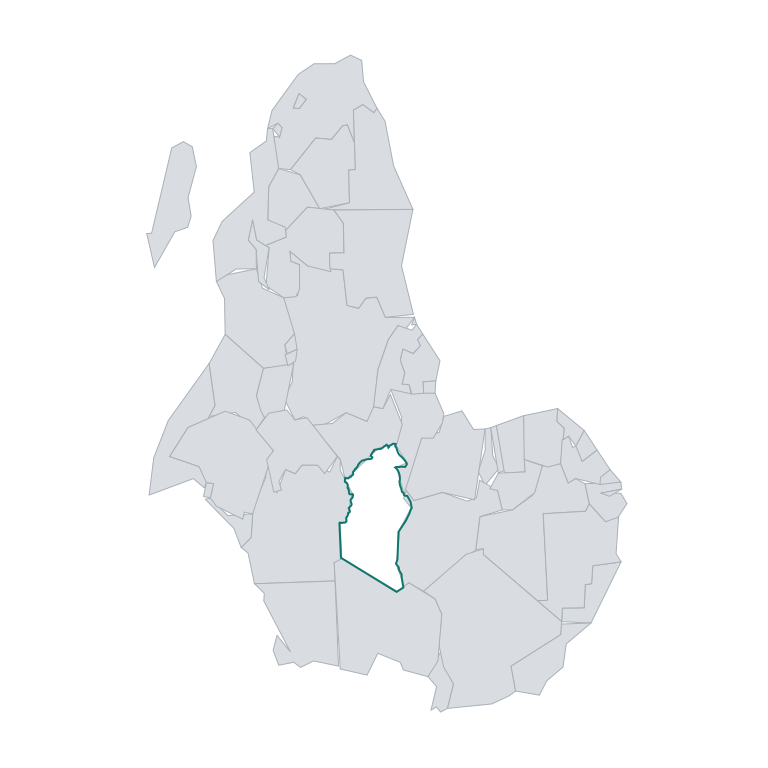 where Chad sits in Africa, rotated 178°
{"feature_id": "TCD", "entity_name": "Chad", "entity_type": "country or territory", "adm_level": 0, "iso_a3": "TCD", "parent_name": "Africa", "parent_adm1": "", "projection": "equal_earth", "projection_center": [18.978, 15.46], "detail": "medium", "context": "in_parent", "style": "outline", "palette": "teal", "viewbox_px": 768, "rotation_deg": 178, "n_neighbors": 49, "source": "natural_earth", "source_scale": "50m", "svg_char_len": 11932}
<svg xmlns="http://www.w3.org/2000/svg" viewBox="0 0 768 768"><g transform="rotate(178 384 384)"><path d="M503.9,403.8L541.0,439.1L540.4,475.1L547.9,492.3L542.2,497.8L507.5,503.6L502.1,483.9L481.2,473.7L473.5,456.5L471.7,437.4L481.7,426.6L479.4,405.5L503.9,403.8Z" fill="#d9dde1" stroke="#a8b0b8" stroke-width="1"/><path d="M214.7,140.3L213.6,153.8L191.7,153.4L189.9,176.4L183.5,177.2L181.7,195.1L153.3,198.0L185.5,137.9L214.7,140.3Z" fill="#d9dde1" stroke="#a8b0b8" stroke-width="1"/><path d="M471.7,437.4L481.2,473.7L467.2,475.5L464.3,506.2L472.9,509.8L473.4,519.9L455.9,504.5L421.0,499.5L418.2,463.8L406.7,460.5L399.2,470.4L388.3,471.2L380.3,450.5L351.2,449.6L361.1,437.4L368.0,441.9L378.0,428.3L389.5,398.8L395.8,355.0L402.3,347.1L423.0,356.6L445.8,345.0L457.9,345.2L465.3,354.2L474.3,351.2L484.7,373.9L475.6,389.1L471.7,437.4Z" fill="#d9dde1" stroke="#a8b0b8" stroke-width="1"/><path d="M558.0,410.7L553.6,368.4L561.6,354.7L581.4,347.4L600.7,319.0L571.7,307.9L563.5,294.8L567.3,286.5L577.9,296.1L622.6,281.2L616.7,318.3L601.0,354.8L558.0,410.7Z" fill="#d9dde1" stroke="#a8b0b8" stroke-width="1"/><path d="M541.0,439.1L503.9,403.8L511.9,376.7L504.5,354.5L513.5,342.6L533.5,360.7L559.7,357.7L553.6,368.4L558.0,410.7L541.0,439.1Z" fill="#d9dde1" stroke="#a8b0b8" stroke-width="1"/><path d="M438.0,316.9L432.7,312.8L430.2,310.1L430.9,299.4L419.5,275.9L426.9,247.1L432.8,247.7L432.2,207.2L440.0,207.2L439.8,188.9L520.4,188.9L525.8,219.9L532.4,225.6L522.1,235.3L519.0,266.8L505.5,294.3L503.9,312.6L494.7,279.1L485.4,302.0L475.8,297.5L468.7,305.9L453.2,305.2L441.4,297.7L433.2,313.2L438.0,316.9Z" fill="#d9dde1" stroke="#a8b0b8" stroke-width="1"/><path d="M381.4,659.8L384.6,655.4L395.5,663.9L405.0,658.7L405.1,625.7L411.6,644.2L416.4,643.3L428.0,630.2L443.7,632.2L469.9,601.5L481.8,603.0L486.1,622.2L485.0,635.4L479.8,634.4L477.0,643.5L480.8,648.3L491.4,643.4L486.4,661.3L458.9,696.4L442.8,706.5L422.1,705.8L405.9,713.8L395.0,708.2L393.9,686.8L381.4,659.8ZM465.0,663.1L459.1,662.2L451.7,671.2L458.8,677.1L465.0,663.1Z" fill="#d9dde1" stroke="#a8b0b8" stroke-width="1"/><path d="M465.0,663.1L458.8,677.1L451.7,671.2L459.1,662.2L465.0,663.1Z" fill="#d9dde1" stroke="#a8b0b8" stroke-width="1"/><path d="M481.8,603.0L460.4,596.0L442.1,561.5L454.3,563.4L477.0,540.9L494.5,552.1L492.3,585.2L481.8,603.0Z" fill="#d9dde1" stroke="#a8b0b8" stroke-width="1"/><path d="M469.9,601.5L443.7,632.2L428.0,630.2L416.4,643.3L411.6,644.2L405.1,625.7L405.1,599.3L411.8,599.0L412.2,566.3L442.1,561.5L460.4,596.0L469.9,601.5Z" fill="#d9dde1" stroke="#a8b0b8" stroke-width="1"/><path d="M405.1,599.3L405.0,658.7L395.5,663.9L384.6,655.4L381.4,659.8L373.8,646.6L366.8,601.7L349.0,557.5L440.8,560.1L412.2,566.3L411.8,599.0L405.1,599.3Z" fill="#d9dde1" stroke="#a8b0b8" stroke-width="1"/><path d="M151.1,266.5L145.4,255.9L156.7,239.9L167.5,238.6L183.1,257.0L186.7,277.3L150.8,277.8L150.0,270.7L171.0,267.4L151.1,266.5Z" fill="#d9dde1" stroke="#a8b0b8" stroke-width="1"/><path d="M186.7,277.3L183.1,257.0L186.9,249.8L229.4,248.8L228.0,162.1L238.2,162.0L290.6,210.0L290.5,215.9L298.1,215.0L292.8,248.1L260.1,253.7L239.3,267.7L228.6,296.7L210.3,298.3L203.3,278.6L195.9,282.9L186.7,277.3Z" fill="#d9dde1" stroke="#a8b0b8" stroke-width="1"/><path d="M153.3,198.0L181.7,195.1L183.5,177.2L189.9,176.4L191.7,153.4L213.6,153.8L214.7,140.3L238.2,162.0L228.0,162.1L229.4,248.8L186.9,249.8L183.1,257.0L167.5,238.6L154.2,242.9L158.0,206.4L153.3,198.0Z" fill="#d9dde1" stroke="#a8b0b8" stroke-width="1"/><path d="M284.6,335.5L278.8,336.6L277.8,308.4L271.8,295.8L286.6,279.2L292.9,293.3L285.1,314.3L284.6,335.5Z" fill="#d9dde1" stroke="#a8b0b8" stroke-width="1"/><path d="M370.9,181.1L377.9,203.6L373.2,238.3L361.2,259.3L368.4,269.0L365.5,276.9L358.0,266.5L329.6,273.7L305.0,264.0L295.6,267.1L291.8,284.6L274.1,273.5L270.1,254.1L292.8,248.1L298.1,215.0L351.7,175.5L366.1,184.4L370.9,181.1Z" fill="#d9dde1" stroke="#a8b0b8" stroke-width="1"/><path d="M284.6,335.5L297.5,265.1L329.6,273.7L358.0,266.5L368.2,280.7L348.2,328.7L330.5,333.8L325.3,349.6L307.0,354.4L296.1,335.4L284.6,335.5Z" fill="#d9dde1" stroke="#a8b0b8" stroke-width="1"/><path d="M367.7,273.4L374.4,300.4L363.8,304.5L374.1,322.0L367.3,349.9L377.5,378.4L333.3,373.1L325.2,352.2L327.1,342.9L336.8,328.1L348.2,328.7L367.7,273.4Z" fill="#d9dde1" stroke="#a8b0b8" stroke-width="1"/><path d="M272.8,290.9L278.8,336.6L273.1,338.6L266.1,293.6L272.8,290.9Z" fill="#d9dde1" stroke="#a8b0b8" stroke-width="1"/><path d="M266.7,290.7L273.1,338.6L245.5,347.5L246.0,291.2L266.7,290.7Z" fill="#d9dde1" stroke="#a8b0b8" stroke-width="1"/><path d="M210.3,298.3L223.1,295.3L246.5,303.6L245.5,347.5L211.3,353.4L212.5,340.7L205.4,333.5L210.3,298.3Z" fill="#d9dde1" stroke="#a8b0b8" stroke-width="1"/><path d="M171.6,276.0L195.9,282.9L203.3,278.6L210.3,298.3L207.9,322.0L201.3,325.5L197.8,314.0L192.5,315.8L188.6,299.8L173.4,310.6L161.0,290.5L171.6,276.0Z" fill="#d9dde1" stroke="#a8b0b8" stroke-width="1"/><path d="M150.8,277.8L171.6,276.0L170.9,283.2L161.0,290.5L150.8,277.8Z" fill="#d9dde1" stroke="#a8b0b8" stroke-width="1"/><path d="M206.8,322.0L205.4,333.5L212.5,340.7L211.3,353.4L185.5,330.5L194.4,315.2L201.3,325.5L206.8,322.0Z" fill="#d9dde1" stroke="#a8b0b8" stroke-width="1"/><path d="M173.4,310.6L188.6,299.8L194.4,315.2L185.5,330.5L173.4,310.6Z" fill="#d9dde1" stroke="#a8b0b8" stroke-width="1"/><path d="M228.6,296.7L237.3,270.0L260.1,253.7L270.1,254.1L274.1,273.5L282.0,275.6L272.8,290.9L246.0,291.2L246.5,303.6L228.6,296.7Z" fill="#d9dde1" stroke="#a8b0b8" stroke-width="1"/><path d="M457.9,345.2L437.0,346.4L423.0,356.6L402.3,347.1L395.2,361.6L385.9,359.5L378.0,373.3L367.2,343.1L373.0,324.5L391.8,320.1L426.0,289.5L430.2,310.1L457.9,345.2Z" fill="#d9dde1" stroke="#a8b0b8" stroke-width="1"/><path d="M395.2,361.6L389.5,398.8L378.0,428.3L368.0,441.9L354.2,436.8L349.3,442.5L343.5,432.5L348.8,427.3L346.1,421.0L353.8,413.3L363.8,418.2L366.9,407.4L362.8,394.4L365.8,383.4L358.8,382.3L357.4,373.3L377.5,378.4L385.9,359.5L395.2,361.6Z" fill="#d9dde1" stroke="#a8b0b8" stroke-width="1"/><path d="M344.7,373.4L356.5,372.8L358.8,382.3L365.8,383.4L362.8,394.4L366.9,407.4L363.8,418.2L353.8,413.3L346.1,421.0L348.8,427.3L343.5,432.5L327.3,405.3L332.1,385.2L344.8,384.8L344.7,373.4Z" fill="#d9dde1" stroke="#a8b0b8" stroke-width="1"/><path d="M333.3,373.1L344.7,373.4L344.8,384.8L332.1,385.2L333.3,373.1Z" fill="#d9dde1" stroke="#a8b0b8" stroke-width="1"/><path d="M481.2,473.7L498.5,486.3L494.1,524.2L497.7,526.6L476.5,534.3L477.0,540.9L454.3,563.4L428.0,559.6L419.0,546.2L419.4,516.5L433.9,516.7L433.3,498.1L455.9,504.5L473.4,519.9L472.9,509.8L464.3,506.2L465.1,481.5L469.1,474.3L481.2,473.7Z" fill="#d9dde1" stroke="#a8b0b8" stroke-width="1"/><path d="M495.3,482.1L505.8,490.9L507.1,522.9L514.7,532.5L509.6,552.9L506.2,532.5L494.1,524.2L500.2,494.3L495.3,482.1Z" fill="#d9dde1" stroke="#a8b0b8" stroke-width="1"/><path d="M507.5,503.6L527.8,504.1L547.9,492.3L549.9,533.3L540.1,552.1L507.0,580.4L510.0,619.9L493.1,631.0L491.4,643.4L486.3,643.4L481.8,603.0L492.3,585.2L494.5,552.1L477.4,544.3L476.5,534.3L497.7,526.6L506.2,532.5L509.6,552.9L514.7,532.5L507.1,522.9L507.5,503.6Z" fill="#d9dde1" stroke="#a8b0b8" stroke-width="1"/><path d="M486.3,643.4L480.8,648.3L477.0,643.5L479.8,634.4L486.3,643.4Z" fill="#d9dde1" stroke="#a8b0b8" stroke-width="1"/><path d="M349.3,442.5L354.3,442.1L351.2,449.6L349.3,442.5ZM352.2,452.6L380.3,450.5L388.3,471.2L399.2,470.4L406.7,460.5L418.2,463.8L421.0,499.5L434.0,501.0L433.9,516.7L419.4,516.5L419.0,546.2L428.0,559.6L349.0,557.5L362.4,501.5L352.2,452.6Z" fill="#d9dde1" stroke="#a8b0b8" stroke-width="1"/><path d="M479.7,417.7L481.7,426.6L471.7,437.4L469.6,421.7L479.7,417.7Z" fill="#d9dde1" stroke="#a8b0b8" stroke-width="1"/><path d="M609.3,508.5L615.9,542.7L611.0,542.8L587.9,627.3L576.1,633.2L567.3,627.7L563.9,607.7L573.3,577.2L570.9,558.5L574.7,547.5L587.8,543.4L609.3,508.5Z" fill="#d9dde1" stroke="#a8b0b8" stroke-width="1"/><path d="M150.0,270.7L162.5,263.9L171.0,267.4L150.0,270.7Z" fill="#d9dde1" stroke="#a8b0b8" stroke-width="1"/><path d="M336.5,114.6L325.0,81.8L331.8,57.6L338.9,54.2L342.9,59.5L348.4,56.4L342.0,79.8L350.3,90.0L336.5,114.6Z" fill="#d9dde1" stroke="#a8b0b8" stroke-width="1"/><path d="M214.7,140.3L215.9,127.5L266.8,97.6L263.2,72.6L269.8,68.0L287.4,60.5L331.8,57.6L325.0,81.8L334.2,98.9L338.4,122.3L334.3,151.9L340.5,167.3L351.7,175.5L307.9,210.9L290.5,215.9L290.6,210.0L214.7,140.3Z" fill="#d9dde1" stroke="#a8b0b8" stroke-width="1"/><path d="M519.8,258.8L522.1,235.3L532.4,225.6L539.0,244.8L566.5,274.9L561.5,276.4L544.7,257.9L519.8,258.8Z" fill="#d9dde1" stroke="#a8b0b8" stroke-width="1"/><path d="M185.5,137.9L210.9,117.9L215.0,94.9L231.8,81.6L239.6,67.6L263.2,72.6L266.8,97.6L215.9,127.5L215.1,137.9L185.5,137.9Z" fill="#d9dde1" stroke="#a8b0b8" stroke-width="1"/><path d="M520.4,188.9L439.8,188.9L439.3,103.6L464.0,109.7L477.3,103.7L484.0,109.1L499.0,106.6L504.1,121.7L499.7,136.5L486.8,119.4L511.7,171.4L510.9,178.9L520.4,188.9Z" fill="#d9dde1" stroke="#a8b0b8" stroke-width="1"/><path d="M437.7,100.7L440.0,207.2L432.1,211.1L377.8,176.1L366.1,184.4L340.5,167.3L334.3,151.9L339.8,105.3L350.3,90.0L374.6,97.5L377.5,105.3L399.6,115.0L411.1,93.7L437.7,100.7Z" fill="#d9dde1" stroke="#a8b0b8" stroke-width="1"/><path d="M600.7,319.0L581.4,347.4L543.6,362.4L519.6,352.6L496.8,321.1L519.8,258.8L528.0,260.8L529.9,253.8L556.0,267.9L561.5,276.4L557.8,290.4L564.9,291.5L571.7,307.9L600.7,319.0Z" fill="#d9dde1" stroke="#a8b0b8" stroke-width="1"/><path d="M561.5,276.4L568.3,277.8L564.9,291.5L557.8,290.4L561.5,276.4Z" fill="#d9dde1" stroke="#a8b0b8" stroke-width="1"/><path d="M503.9,403.8L473.5,407.5L485.1,358.9L504.5,354.5L507.9,361.1L511.9,376.7L503.9,403.8Z" fill="#d9dde1" stroke="#a8b0b8" stroke-width="1"/><path d="M479.4,405.5L481.8,416.5L469.6,421.7L471.5,410.1L479.4,405.5Z" fill="#d9dde1" stroke="#a8b0b8" stroke-width="1"/><path d="M482.2,361.5L474.3,351.2L462.1,353.0L433.2,313.2L446.5,296.4L453.2,305.2L468.7,305.9L475.8,297.5L485.4,302.0L492.5,290.1L490.1,281.7L497.9,279.8L503.9,312.6L496.8,321.1L513.5,342.6L500.2,358.9L482.2,361.5Z" fill="#d9dde1" stroke="#a8b0b8" stroke-width="1"/><path d="M433.1,211.8L433.4,246.7L433.2,246.9L430.9,246.5L429.9,246.8L427.4,246.9L426.2,248.5L426.5,250.5L426.3,251.9L425.1,253.4L424.5,254.8L424.5,256.0L424.2,256.3L423.1,256.8L422.5,257.6L422.8,258.6L423.0,260.1L423.5,260.9L423.6,261.2L421.1,263.6L420.6,264.6L420.6,265.3L421.4,267.7L421.5,269.0L421.0,270.1L419.8,271.0L419.3,272.1L418.7,274.1L419.1,274.9L419.4,275.1L421.5,274.8L422.4,275.3L422.8,276.3L422.6,277.1L423.2,280.2L423.2,280.8L423.3,281.0L423.9,281.1L424.0,281.5L423.8,284.6L424.1,285.4L424.4,286.0L425.4,287.0L425.9,287.0L426.4,287.6L426.5,289.0L426.0,291.6L423.4,290.9L421.6,291.8L421.1,292.5L420.3,292.5L419.7,293.3L418.4,294.2L417.9,294.8L418.1,296.8L417.8,297.5L417.4,298.0L416.7,298.3L415.8,300.2L415.5,300.5L414.9,300.5L413.1,302.9L412.9,303.7L411.4,305.8L408.4,308.4L406.5,308.4L405.7,308.9L403.7,309.4L400.1,309.5L399.4,309.7L398.7,310.2L398.3,310.7L398.2,311.2L399.5,312.3L399.8,312.9L398.4,315.3L397.3,316.8L396.5,317.5L396.2,318.5L391.6,319.2L389.6,319.2L386.8,320.8L385.9,321.9L384.3,322.5L383.8,323.2L383.5,323.3L382.1,321.5L381.8,320.3L380.9,321.2L380.7,322.1L378.2,323.1L377.7,323.7L376.9,324.0L374.4,323.6L374.9,322.2L374.9,321.1L374.1,320.5L372.8,316.0L371.9,313.8L370.1,311.5L369.2,310.9L366.4,307.7L364.1,304.1L363.9,303.1L365.1,301.2L365.8,300.4L369.9,300.8L372.0,300.4L373.3,300.7L374.9,300.6L375.7,300.2L374.8,299.4L373.0,296.9L372.0,294.1L371.6,292.2L371.4,289.8L371.5,287.4L372.0,285.8L371.7,284.8L371.7,282.9L371.0,280.4L370.4,278.9L370.1,276.8L369.6,275.3L368.6,274.6L368.1,273.8L367.9,272.3L367.5,271.9L366.0,271.4L364.7,271.4L361.6,265.5L360.6,259.2L361.9,256.9L363.1,253.7L367.0,246.5L374.7,235.7L376.7,208.1L378.3,204.0L376.3,201.0L375.8,200.5L375.5,199.2L375.9,198.5L373.8,194.3L373.3,193.8L373.1,193.3L373.0,189.6L371.8,179.9L378.7,175.8L433.1,211.8Z" fill="none" stroke="#0f766e" stroke-width="2"/></g></svg>